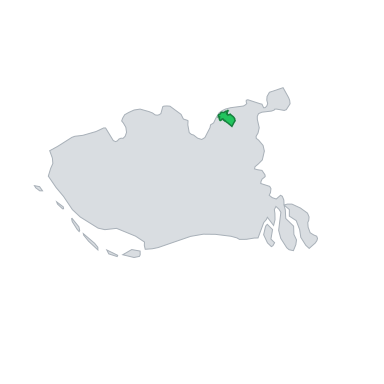 Horst aan de Maas, Limburg, Netherlands shown in context, rotated 239°
{"feature_id": "6326949B10328285292362", "entity_name": "Horst aan de Maas", "entity_type": "district", "adm_level": 2, "iso_a3": "NLD", "parent_name": "Netherlands", "parent_adm1": "Limburg", "projection": "orthographic", "projection_center": [6.076, 51.451], "detail": "fine", "context": "in_parent", "style": "filled", "palette": "green", "viewbox_px": 384, "rotation_deg": 239, "n_neighbors": 0, "source": "geoboundaries", "source_scale": "gbopen_adm2", "svg_char_len": 4888}
<svg xmlns="http://www.w3.org/2000/svg" viewBox="0 0 384 384"><g transform="rotate(239 192 192)"><path d="M234.5,323.8L228.6,323.6L223.1,323.4L220.2,322.9L217.1,321.5L215.7,318.7L214.0,315.2L214.4,313.1L219.6,307.1L220.4,305.5L219.9,304.6L220.4,301.9L224.4,293.0L224.9,289.4L223.2,286.9L220.6,285.4L212.4,282.7L208.5,278.9L206.7,275.6L204.9,274.7L202.2,275.8L195.3,276.9L189.8,275.1L183.3,268.8L181.9,263.3L181.2,259.0L179.6,257.5L177.3,259.7L174.5,263.1L169.0,263.4L167.5,262.6L167.2,260.7L167.0,258.8L165.5,256.6L163.9,255.3L156.8,261.5L154.2,261.4L151.0,258.9L149.5,256.5L145.9,257.8L142.6,260.6L143.6,266.2L141.8,267.2L137.9,266.6L133.4,264.2L128.5,262.7L121.0,258.7L110.4,261.5L103.2,257.5L97.1,256.9L93.4,253.9L89.5,248.7L92.5,245.5L95.4,244.5L106.5,244.2L114.5,246.5L128.8,257.7L132.4,257.7L136.4,256.5L134.5,253.5L130.9,252.0L125.5,248.9L121.3,244.7L131.5,243.6L130.1,241.5L128.9,237.8L118.6,224.9L120.5,221.6L123.4,214.3L126.9,208.3L129.6,206.8L134.0,202.6L143.7,190.2L150.0,180.0L154.7,167.9L161.8,134.4L163.8,128.7L167.0,122.4L170.9,123.7L173.6,125.5L183.2,120.9L199.7,108.6L204.6,97.9L209.4,92.9L228.2,83.3L238.5,80.4L254.4,79.6L265.8,77.8L279.6,77.0L285.0,83.0L288.1,87.4L293.0,89.8L300.7,91.3L300.3,100.1L300.7,117.2L300.1,120.3L296.8,127.6L293.3,140.7L292.4,149.3L291.4,150.9L276.6,151.0L274.5,152.5L274.3,154.4L275.0,156.6L274.7,158.8L273.5,160.6L274.2,163.4L276.8,166.6L281.5,168.6L286.5,168.7L289.1,168.3L291.0,170.6L292.9,174.1L292.8,178.6L292.1,184.6L289.8,190.2L283.0,196.6L280.0,198.9L277.1,200.1L275.7,201.8L275.1,203.9L275.3,205.8L280.2,210.9L280.1,212.1L278.7,214.8L276.9,217.3L264.2,222.6L259.0,222.2L256.0,224.8L255.1,225.3L251.7,223.0L244.3,220.2L241.6,221.2L240.0,222.7L235.3,224.5L232.0,227.4L232.0,231.1L237.9,240.6L240.0,242.5L240.1,246.1L243.0,250.5L245.9,256.1L246.2,259.7L245.9,263.3L244.4,268.4L239.2,280.4L239.2,282.7L239.6,284.5L241.4,284.9L242.7,285.8L242.3,287.4L232.6,295.8L231.3,297.2L227.3,296.8L226.6,298.2L227.2,300.4L228.8,302.4L232.2,303.4L235.2,305.5L237.6,309.7L234.5,323.8ZM133.4,264.2L132.5,267.6L130.2,271.4L122.4,276.7L114.4,280.1L110.3,279.5L107.6,277.5L106.2,275.5L102.0,273.4L96.2,272.3L92.5,274.2L89.9,276.1L87.6,275.7L86.0,274.0L84.8,271.4L83.3,263.4L87.7,262.1L97.1,261.9L104.3,264.9L113.8,266.6L121.2,263.0L126.8,266.4L133.4,264.2ZM118.5,231.4L123.9,236.6L125.1,238.2L125.5,239.9L118.3,241.7L111.0,235.4L106.0,236.7L104.3,233.7L104.3,231.9L109.5,230.5L118.5,231.4ZM173.7,110.7L168.1,117.1L164.8,115.2L163.9,113.7L165.7,108.6L173.9,100.3L173.7,110.7ZM198.2,82.1L193.1,82.8L190.8,81.5L203.1,78.0L210.9,76.9L212.3,77.4L198.2,82.1ZM231.2,75.6L220.4,77.1L216.8,75.9L216.2,74.9L219.2,74.3L228.3,74.1L231.2,75.1L231.2,75.6ZM186.2,89.1L176.0,95.7L175.2,94.6L181.8,88.8L186.2,89.1ZM275.1,64.1L270.0,64.5L271.4,62.1L276.1,60.2L278.6,60.2L275.1,64.1ZM253.3,70.9L245.6,74.0L243.8,73.3L244.2,72.4L250.9,70.5L253.3,70.9Z" fill="#d9dde1" stroke="#a8b0b8" stroke-width="1"/><path d="M230.9,265.7L231.9,265.8L232.5,266.3L233.4,266.3L234.3,266.3L235.3,266.1L235.9,265.9L236.1,265.8L236.4,265.7L237.3,265.4L237.6,265.3L238.9,264.7L239.1,264.7L239.0,264.4L239.0,264.2L239.0,263.9L239.1,263.7L239.3,263.4L239.3,263.1L239.3,262.6L239.3,262.4L239.5,262.4L240.6,262.5L241.0,262.5L241.0,262.4L241.1,262.5L241.1,262.4L241.3,262.4L241.5,262.3L241.7,262.5L241.8,262.7L241.8,262.8L242.0,262.9L242.2,263.0L242.4,262.9L242.5,263.0L242.5,262.8L242.7,263.0L242.9,264.3L242.9,264.6L242.9,264.8L243.2,264.7L243.3,264.7L243.5,264.7L243.5,264.4L243.5,264.0L243.4,263.9L243.4,263.7L243.4,263.3L243.5,263.1L243.6,262.8L243.7,262.7L243.8,262.6L243.9,262.4L243.9,262.2L243.9,261.8L243.8,261.6L243.7,261.0L243.7,260.9L243.7,260.6L243.7,260.4L243.8,260.3L243.8,260.2L244.0,260.0L244.1,259.8L244.1,259.7L244.3,259.5L244.4,259.4L244.6,259.1L244.8,258.9L244.9,258.7L245.0,258.6L245.1,258.4L245.1,258.2L245.1,257.9L245.1,257.7L244.9,257.3L244.9,257.2L244.7,257.0L244.6,256.9L244.5,256.6L244.4,256.5L244.4,256.4L244.4,256.2L244.4,255.9L244.4,255.7L244.5,255.6L244.5,255.4L244.5,255.2L244.5,254.8L244.5,254.6L244.4,254.4L244.2,254.2L244.0,253.9L243.9,253.9L243.7,253.8L243.5,253.7L243.4,253.7L243.2,253.6L242.9,253.3L242.8,253.6L242.6,253.8L242.4,254.1L242.3,253.9L242.1,253.8L242.0,254.0L241.9,254.1L241.7,254.0L241.6,253.9L241.4,253.8L241.0,253.5L241.0,253.4L241.0,253.2L240.9,253.1L240.7,253.1L240.4,253.1L240.2,253.0L239.9,253.0L239.7,253.0L239.4,253.0L239.4,252.9L239.0,252.9L238.7,253.0L238.6,253.7L238.7,254.4L238.9,254.8L239.1,255.6L238.9,256.0L238.7,256.2L238.5,256.3L238.4,256.3L238.3,256.2L238.2,256.2L237.9,256.1L237.7,256.0L237.4,256.1L237.2,256.2L237.2,256.3L237.0,256.5L236.9,256.5L237.0,256.6L236.9,256.7L236.8,256.8L236.6,257.0L236.4,257.0L236.2,257.0L235.7,257.2L235.4,257.2L235.2,257.3L234.7,257.4L233.7,257.8L232.2,258.5L230.8,258.9L230.4,259.1L230.1,259.2L227.7,260.0L230.1,264.0L230.9,265.7Z" fill="#22c55e" stroke="#15803d" stroke-width="1.5"/></g></svg>